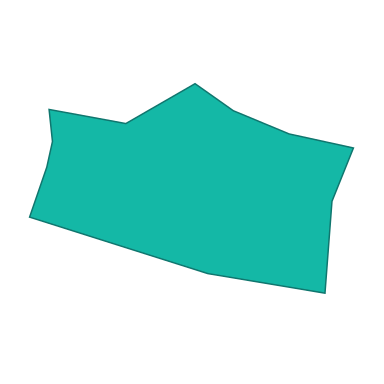 SVG path tracing the border of Saint Peter, rotated 267°
{"feature_id": "MSR-5089", "entity_name": "Saint Peter", "entity_type": "Parish", "adm_level": 1, "iso_a3": "MSR", "parent_name": "Montserrat", "parent_adm1": "", "projection": "orthographic", "projection_center": [-62.194, 16.779], "detail": "fine", "context": "isolated", "style": "filled", "palette": "teal", "viewbox_px": 384, "rotation_deg": 267, "n_neighbors": 0, "source": "natural_earth", "source_scale": "10m", "svg_char_len": 321}
<svg xmlns="http://www.w3.org/2000/svg" viewBox="0 0 384 384"><g transform="rotate(267 192 192)"><path d="M84.0,319.5L109.7,203.5L175.4,28.5L224.4,48.3L249.7,55.3L281.9,53.6L263.8,129.5L300.0,200.7L271.0,237.5L244.9,292.0L227.5,355.5L175.4,331.3L84.0,319.5Z" fill="#14b8a6" stroke="#0f766e" stroke-width="1.5"/></g></svg>